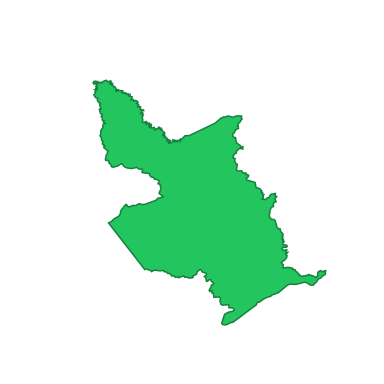 Itamarati, Amazonas, Brazil, rotated 233°
{"feature_id": "56859067B49788887707038", "entity_name": "Itamarati", "entity_type": "district", "adm_level": 2, "iso_a3": "BRA", "parent_name": "Brazil", "parent_adm1": "Amazonas", "projection": "equal_earth", "projection_center": [-67.719, -6.727], "detail": "fine", "context": "isolated", "style": "filled", "palette": "green", "viewbox_px": 384, "rotation_deg": 233, "n_neighbors": 0, "source": "geoboundaries", "source_scale": "gbopen_adm2", "svg_char_len": 6077}
<svg xmlns="http://www.w3.org/2000/svg" viewBox="0 0 384 384"><g transform="rotate(233 192 192)"><path d="M158.5,107.6L158.4,108.9L157.8,109.6L156.9,109.6L154.9,111.5L152.7,111.8L152.3,114.9L148.1,119.2L146.8,121.8L145.1,121.8L143.9,123.2L141.7,123.6L139.5,125.5L137.2,125.2L135.5,127.3L133.8,127.3L132.5,130.0L131.5,129.8L130.4,134.1L129.2,135.2L128.4,134.8L126.7,137.2L125.3,137.5L123.3,140.4L123.2,141.5L124.1,141.4L124.4,142.4L123.6,145.6L123.8,146.6L125.1,147.6L125.4,151.8L124.6,152.3L121.7,152.1L119.1,154.2L117.3,154.0L116.9,153.1L117.1,151.0L115.6,151.4L111.9,149.8L111.4,150.8L111.7,152.7L110.6,154.3L109.2,153.7L105.9,154.3L105.4,153.3L106.0,151.5L104.7,150.1L103.2,146.5L101.8,146.4L101.9,147.6L101.3,148.3L99.3,147.2L99.1,148.1L98.3,148.0L94.7,146.1L91.6,150.8L90.1,150.7L87.8,148.5L84.8,147.5L83.2,148.3L80.3,153.0L79.6,153.5L77.4,151.9L74.8,154.8L73.3,155.1L72.5,154.8L72.2,152.8L74.1,148.8L74.7,144.4L69.3,136.7L67.9,136.7L66.5,137.8L65.3,139.5L64.2,144.8L63.3,146.4L63.2,175.4L64.5,177.9L63.5,179.5L63.4,185.4L62.2,190.4L61.4,191.5L61.5,194.2L59.6,200.4L60.2,212.5L59.2,215.2L55.5,219.6L52.4,227.3L51.1,228.8L46.5,230.5L44.7,232.6L45.4,237.9L46.5,240.3L45.8,243.1L46.3,246.0L46.0,248.9L48.8,251.4L49.3,250.6L49.4,248.6L52.0,247.3L52.2,244.3L49.6,242.1L49.2,239.2L51.5,238.6L56.0,235.4L55.8,233.8L57.0,232.7L56.8,231.7L58.0,230.4L58.1,229.4L60.8,227.6L61.4,228.3L62.8,227.5L64.3,228.0L65.6,227.1L67.7,227.6L69.6,225.7L70.2,226.5L71.1,226.1L74.1,223.3L76.4,219.2L77.3,219.2L78.9,221.2L81.4,220.6L82.0,221.3L81.9,225.1L82.5,228.0L84.1,229.7L85.6,229.3L86.2,232.1L87.1,230.6L87.8,230.5L88.3,232.4L88.8,232.9L90.6,229.7L92.6,229.6L93.0,231.4L91.1,234.2L91.2,235.2L91.9,235.6L92.7,235.5L95.3,233.0L96.6,233.9L96.9,235.7L97.7,235.8L98.2,235.0L99.3,236.6L100.6,235.6L101.3,237.4L102.0,238.0L102.6,237.5L103.3,239.2L104.0,239.4L106.9,239.0L109.6,240.2L110.1,239.4L112.2,238.5L119.3,241.3L120.8,240.8L122.4,238.9L126.1,239.0L130.8,243.8L131.9,246.2L131.4,248.4L132.7,249.0L134.4,251.1L133.6,253.4L136.6,254.0L137.4,256.9L138.8,256.2L140.7,257.7L142.7,253.5L141.4,249.9L142.0,248.2L141.7,246.2L144.1,243.8L144.6,245.7L146.7,246.8L146.8,247.8L148.1,246.9L149.2,248.1L150.4,247.1L151.0,248.4L153.5,248.3L157.3,245.9L161.6,248.2L168.6,243.0L170.0,243.6L170.4,246.4L170.9,247.1L172.4,247.0L173.5,245.5L174.8,246.5L176.3,244.3L179.1,244.4L180.9,241.4L183.0,240.7L186.8,244.9L188.2,244.2L191.0,244.7L192.8,246.5L194.8,245.4L196.0,246.7L196.9,249.5L196.4,250.2L196.6,251.1L197.8,252.2L198.3,256.1L195.8,258.5L197.6,259.9L198.2,258.1L199.6,258.6L204.6,257.1L209.3,259.5L209.7,258.6L211.9,258.1L213.8,259.5L213.9,261.5L215.4,264.6L214.8,267.4L216.9,268.6L217.6,268.2L218.8,270.5L218.9,272.5L219.8,274.0L220.1,275.9L221.5,276.0L222.8,277.3L226.1,273.3L227.1,269.6L231.1,266.6L231.7,263.8L232.9,262.5L233.5,259.5L233.1,251.8L238.7,223.8L241.1,220.4L240.5,215.9L240.9,215.1L239.7,213.3L241.2,213.9L241.0,212.4L241.8,211.4L240.9,210.6L242.2,210.3L242.4,208.6L244.3,207.8L243.4,205.9L244.8,205.1L244.3,204.0L244.7,202.7L245.5,202.7L245.2,204.0L246.3,204.3L246.2,205.7L247.6,204.7L247.8,204.2L247.2,203.3L247.9,202.6L248.6,204.3L249.4,203.5L249.7,204.3L251.5,204.1L252.1,203.0L252.9,204.1L254.3,204.4L254.6,204.2L254.0,203.1L254.5,202.7L255.5,203.6L255.6,205.2L255.2,205.3L255.8,205.9L258.6,205.1L259.8,205.5L259.5,205.1L260.8,204.3L261.9,205.3L262.2,204.3L263.4,204.9L263.9,204.0L263.2,203.3L263.2,202.5L264.2,201.5L263.6,199.9L264.4,200.0L264.8,199.4L266.3,200.7L267.5,198.1L268.5,198.6L269.1,197.5L269.3,198.8L270.4,197.3L271.1,198.1L270.2,198.5L270.3,200.0L271.0,200.1L271.6,198.4L272.8,199.1L272.7,198.2L274.0,198.1L273.6,196.6L275.2,197.7L275.7,196.2L276.2,196.9L276.4,195.7L277.7,194.4L279.3,196.3L281.4,196.7L281.7,198.1L282.9,198.6L283.1,199.4L284.0,198.4L284.6,200.3L285.7,199.9L286.1,198.9L286.8,201.7L286.1,202.4L286.7,202.7L289.0,200.2L289.5,201.1L290.7,201.2L290.9,202.1L292.2,201.4L292.7,200.1L293.7,201.7L294.4,201.0L295.0,201.8L296.1,201.3L295.9,202.4L296.6,203.1L298.9,202.2L299.6,200.3L301.1,200.8L302.1,198.9L303.9,201.5L305.4,200.2L306.9,201.0L306.5,199.3L307.2,199.2L308.5,200.4L309.2,198.8L310.0,199.2L310.9,197.8L311.5,198.4L312.1,197.0L312.6,197.1L312.7,196.0L314.1,195.8L314.4,197.6L314.8,197.4L317.1,194.8L317.6,192.9L318.1,194.0L318.5,192.6L318.9,193.3L319.3,192.5L320.4,193.7L322.5,193.8L323.1,192.8L323.9,193.1L325.4,192.4L325.9,193.6L327.1,192.0L327.2,193.5L327.8,193.7L328.7,192.0L329.2,193.1L328.7,193.5L329.6,194.0L330.8,191.2L332.9,190.7L333.7,188.2L333.4,185.9L334.1,186.0L334.5,184.2L335.9,183.9L335.1,182.5L336.0,181.4L337.1,182.5L337.2,180.9L337.6,182.1L338.5,181.9L338.7,180.8L339.3,180.4L338.8,178.7L337.7,179.2L337.0,178.7L336.6,179.7L335.3,180.7L334.7,180.4L334.3,178.8L332.9,179.8L332.6,178.9L331.8,178.5L332.9,178.1L332.3,176.9L331.7,177.0L332.1,176.0L330.7,176.8L330.4,174.8L329.1,174.0L328.7,172.3L328.1,171.9L325.0,171.9L323.6,173.3L322.6,171.8L321.4,171.4L318.9,171.5L318.4,172.4L317.4,172.0L317.0,170.5L314.1,169.8L313.7,168.1L313.1,169.0L312.1,166.9L309.2,166.1L308.6,166.9L307.6,166.9L306.8,164.9L306.3,165.5L303.4,163.7L301.6,164.7L301.4,163.3L298.9,164.1L299.6,162.1L298.7,160.5L297.3,160.0L296.0,156.2L293.5,154.4L292.2,152.3L289.6,152.3L287.9,150.9L286.0,151.2L284.4,149.3L282.8,150.1L282.3,149.4L281.1,149.9L280.7,148.3L275.0,149.5L274.8,148.5L273.6,147.4L273.0,145.5L269.9,142.2L268.8,142.3L268.0,143.7L266.3,144.1L264.8,143.0L263.1,143.9L260.7,142.9L259.2,143.9L257.5,148.3L257.2,152.0L256.6,153.0L252.9,153.2L250.4,154.5L247.0,157.9L245.0,162.6L242.3,163.4L240.0,166.1L239.3,165.9L238.3,164.1L237.4,164.0L232.3,169.0L230.3,168.2L228.0,168.7L226.8,170.1L224.7,169.8L223.6,171.2L220.9,172.4L220.2,172.3L219.1,169.8L217.2,171.3L216.0,170.2L213.7,169.7L210.8,164.9L205.7,166.1L206.4,163.0L207.6,161.3L207.1,158.2L210.4,147.2L211.6,145.2L214.6,142.5L215.0,138.9L216.9,136.8L217.8,133.0L219.3,131.8L221.5,132.2L221.9,131.2L219.8,123.5L217.8,121.9L216.7,118.9L217.5,113.3L216.9,110.3L217.5,106.7L158.5,107.6ZM244.3,207.8L243.9,208.8L243.8,209.3L245.1,208.2L244.3,207.8Z" fill="#22c55e" stroke="#15803d" stroke-width="1.5"/></g></svg>